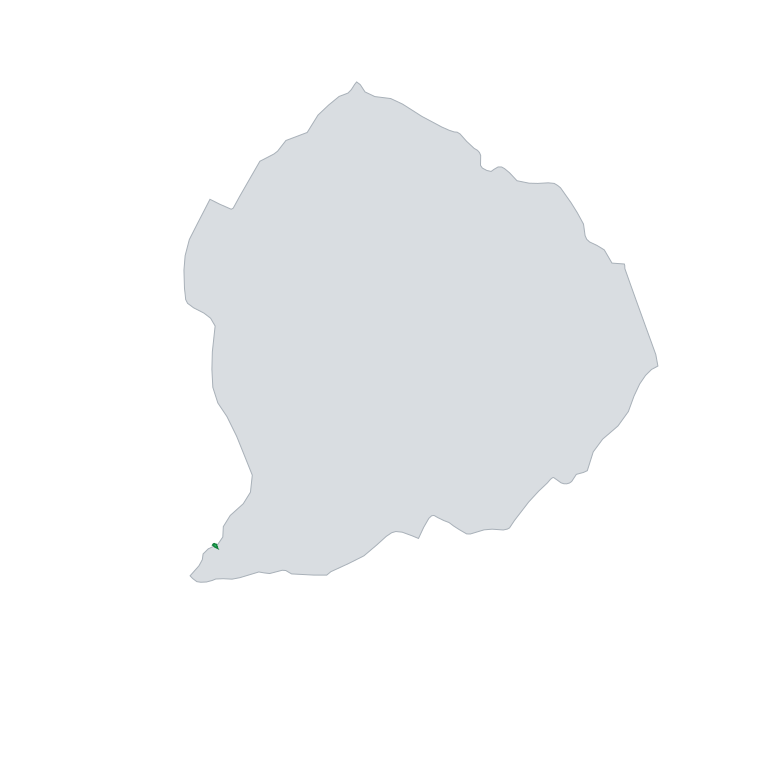 Victoria Falls, Matabeleland North, Zimbabwe (highlighted), rotated 296°
{"feature_id": "62879985B6381696170590", "entity_name": "Victoria Falls", "entity_type": "district", "adm_level": 2, "iso_a3": "ZWE", "parent_name": "Zimbabwe", "parent_adm1": "Matabeleland North", "projection": "albers", "projection_center": [25.828, -17.932], "detail": "fine", "context": "in_parent", "style": "filled", "palette": "green", "viewbox_px": 768, "rotation_deg": 296, "n_neighbors": 0, "source": "geoboundaries", "source_scale": "gbopen_adm2", "svg_char_len": 2561}
<svg xmlns="http://www.w3.org/2000/svg" viewBox="0 0 768 768"><g transform="rotate(296 384 384)"><path d="M520.2,622.3L514.4,618.1L506.4,615.3L496.2,613.8L482.8,614.0L466.4,615.7L448.9,612.7L430.3,604.7L414.7,601.8L396.1,604.6L395.2,604.7L392.0,602.1L387.1,596.5L378.6,595.4L376.3,594.1L374.4,592.0L373.2,589.4L372.8,586.5L374.3,577.5L373.6,576.5L371.3,575.4L366.7,574.2L355.5,570.0L341.5,565.8L318.6,561.1L309.7,559.9L307.7,558.5L305.1,555.2L300.9,544.8L296.8,537.9L287.0,527.3L285.5,524.0L286.1,515.6L286.9,508.8L288.0,503.1L287.5,497.7L287.5,491.0L287.8,486.6L286.5,484.6L282.9,483.2L272.7,482.5L260.3,482.7L259.9,475.9L258.8,465.3L256.6,459.3L253.7,456.1L248.0,452.8L236.5,448.2L220.8,441.3L207.4,431.1L192.0,418.5L187.1,416.3L181.4,404.5L172.8,384.2L173.3,377.5L172.0,374.2L163.5,364.3L161.7,359.1L160.2,353.9L146.7,339.3L142.0,333.0L138.5,324.8L135.0,318.3L132.1,315.7L128.2,311.2L125.5,306.2L124.3,302.4L125.3,297.3L126.6,293.8L139.5,297.4L146.5,297.7L152.0,295.9L158.8,298.3L167.0,304.9L175.8,306.2L185.4,302.1L198.4,303.4L214.7,310.0L228.2,311.4L244.3,305.6L258.8,289.6L272.4,274.5L285.9,257.1L294.1,243.0L306.0,231.6L321.7,222.9L337.7,215.6L362.1,206.8L367.1,199.3L368.8,191.0L369.0,179.5L370.4,172.1L373.0,168.7L377.1,166.2L382.4,162.8L398.6,154.3L412.2,149.0L428.6,145.7L446.6,146.0L463.9,146.4L473.7,146.6L473.6,157.7L474.1,170.1L476.0,171.4L488.9,172.0L509.7,173.4L529.8,174.8L542.4,184.2L546.6,186.3L559.9,189.1L576.4,204.7L596.8,206.8L610.6,212.0L622.8,217.6L629.7,224.1L634.3,225.6L640.5,226.3L643.5,227.0L642.6,231.5L638.2,238.9L638.3,249.7L643.5,264.9L643.7,278.0L641.1,300.9L640.3,323.2L640.6,331.2L641.3,336.5L642.4,339.4L642.1,342.7L638.3,351.9L635.3,361.7L635.0,365.6L633.9,368.3L631.8,370.7L622.8,374.9L621.2,377.7L621.0,382.8L622.0,387.1L625.2,388.8L629.1,391.4L630.6,394.6L630.4,398.0L628.9,404.2L625.0,414.4L628.1,426.4L631.7,434.3L636.8,443.4L638.9,449.0L638.6,452.9L637.7,456.7L628.9,472.7L622.7,482.6L615.2,493.2L605.5,499.7L602.9,502.8L601.8,506.5L601.9,514.7L601.1,523.2L592.6,535.9L597.2,547.4L596.1,548.4L593.3,549.9L581.3,562.1L569.2,574.5L560.4,583.6L550.4,593.9L539.2,605.5L529.6,615.4L520.2,622.3Z" fill="#d9dde1" stroke="#a8b0b8" stroke-width="1"/><path d="M165.9,304.1L166.1,304.0L166.3,303.8L166.3,303.1L166.2,302.9L166.0,302.4L166.2,301.7L165.5,300.8L165.2,300.8L164.1,300.6L164.1,301.1L163.9,301.9L163.8,302.1L163.4,303.0L163.4,303.7L163.4,305.8L163.4,306.1L163.4,306.4L163.6,306.1L164.2,305.8L164.7,305.5L164.8,305.4L164.9,305.2L165.2,304.6L165.9,304.1Z" fill="#22c55e" stroke="#15803d" stroke-width="1.5"/></g></svg>